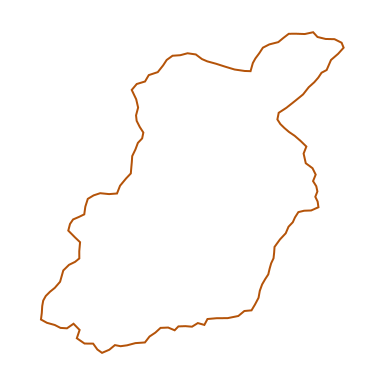 Japaraíba, Minas Gerais, Brazil (Robinson projection), rotated 92°
{"feature_id": "56859067B41178234264515", "entity_name": "Japaraíba", "entity_type": "district", "adm_level": 2, "iso_a3": "BRA", "parent_name": "Brazil", "parent_adm1": "Minas Gerais", "projection": "robinson", "projection_center": [-45.532, -20.134], "detail": "fine", "context": "isolated", "style": "outline", "palette": "amber", "viewbox_px": 384, "rotation_deg": 92, "n_neighbors": 0, "source": "geoboundaries", "source_scale": "gbopen_adm2", "svg_char_len": 1956}
<svg xmlns="http://www.w3.org/2000/svg" viewBox="0 0 384 384"><g transform="rotate(92 192 192)"><path d="M324.7,338.5L327.8,332.4L329.7,324.5L332.4,318.7L332.6,312.2L327.8,305.8L333.8,299.5L342.2,302.0L347.2,294.1L347.0,285.5L352.7,281.1L355.9,276.3L352.5,269.1L347.7,263.7L348.6,258.0L347.5,251.6L345.0,243.3L344.0,233.8L337.9,229.4L333.8,223.7L328.9,218.7L328.3,211.1L330.8,204.5L326.8,200.9L326.3,194.0L326.6,187.3L322.8,181.6L324.4,175.0L318.4,172.1L317.3,163.2L316.8,151.9L314.3,141.4L309.1,135.5L308.2,128.4L302.4,125.2L295.4,121.8L288.4,120.8L281.9,118.7L276.3,115.7L271.7,112.9L265.7,111.7L260.5,110.4L255.4,108.2L249.8,107.8L244.0,107.6L236.3,102.4L230.0,96.9L223.3,94.3L218.7,90.2L213.8,88.2L208.4,85.0L206.8,79.3L206.3,72.3L202.8,65.1L197.2,66.1L192.5,68.6L187.1,66.7L181.9,68.0L176.9,71.4L170.3,69.0L164.0,72.4L159.3,79.3L149.7,81.8L142.6,79.3L137.4,85.0L132.3,91.3L128.5,97.3L124.9,101.8L121.1,106.0L116.5,109.2L109.8,108.1L104.7,100.8L97.5,92.3L90.6,84.4L83.2,79.0L78.0,73.6L73.3,69.8L68.3,66.7L65.4,61.7L55.2,57.7L48.8,50.8L42.5,45.5L37.6,47.7L34.3,54.9L34.4,63.8L32.7,72.0L28.1,76.5L30.2,84.8L30.2,93.5L30.5,100.8L34.8,106.0L39.2,111.0L41.8,119.9L45.3,126.2L51.1,129.7L56.3,133.3L61.0,135.7L69.2,137.7L69.2,143.6L68.1,153.7L65.6,163.2L63.0,172.4L60.9,181.3L58.8,186.7L54.4,193.0L53.5,201.3L55.7,208.5L56.5,216.2L60.9,221.9L66.5,225.3L73.4,230.4L76.7,239.3L83.2,242.8L86.0,251.0L92.1,255.8L101.3,251.0L109.5,248.8L117.4,250.6L122.8,249.8L128.8,246.5L134.3,242.7L140.2,243.7L144.8,247.8L151.4,250.0L158.2,253.0L164.2,253.2L169.5,253.5L175.6,253.8L180.7,258.3L188.2,264.1L196.1,266.9L197.0,274.8L196.4,283.7L198.8,290.2L202.5,295.9L210.4,298.1L218.1,298.9L220.9,304.2L223.6,309.9L228.2,312.8L234.9,314.3L241.4,307.4L246.1,302.1L255.2,302.6L262.3,302.3L265.9,306.4L269.1,312.4L274.9,317.9L286.3,320.7L292.6,325.8L296.7,330.5L301.0,334.5L305.7,336.9L311.2,337.7L318.2,337.9L324.7,338.5Z" fill="none" stroke="#b45309" stroke-width="2"/></g></svg>